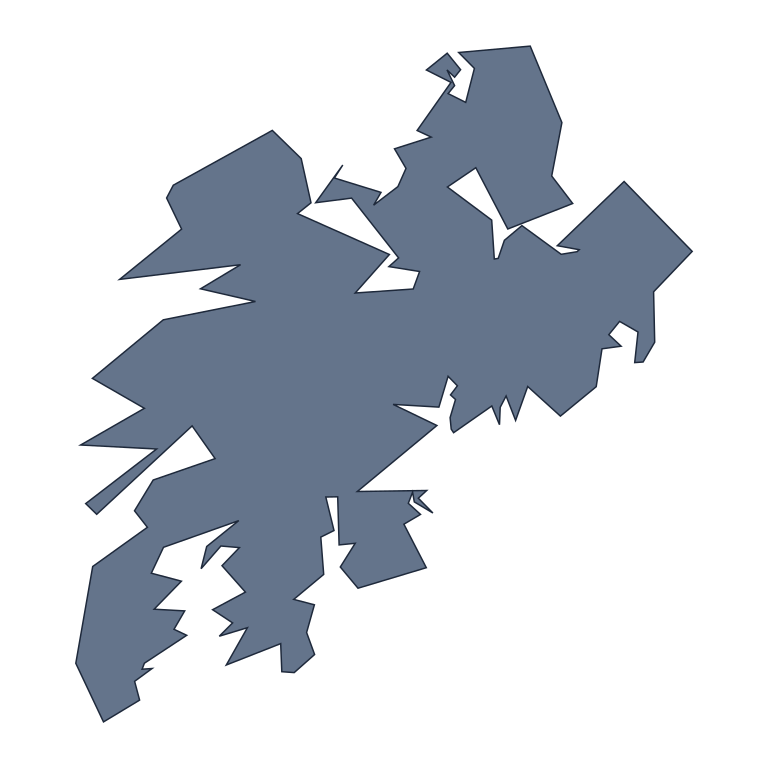 outline of Vestvågøy nor, Nordland, Norway
{"feature_id": "86288312B23095338426398", "entity_name": "Vestvågøy nor", "entity_type": "district", "adm_level": 2, "iso_a3": "NOR", "parent_name": "Norway", "parent_adm1": "Nordland", "projection": "albers", "projection_center": [13.78, 68.202], "detail": "medium", "context": "isolated", "style": "filled", "palette": "slate", "viewbox_px": 768, "rotation_deg": 0, "n_neighbors": 0, "source": "geoboundaries", "source_scale": "gbopen_adm2", "svg_char_len": 1915}
<svg xmlns="http://www.w3.org/2000/svg" viewBox="0 0 768 768"><path d="M139.6,700.1L134.6,681.3L152.1,668.5L142.1,669.2L144.4,663.2L186.7,635.3L174.0,629.3L184.7,610.9L154.1,609.2L181.4,581.2L151.3,573.2L163.5,547.3L238.8,520.6L206.7,546.5L201.1,568.7L220.9,546.0L239.4,547.6L222.0,565.7L245.4,592.1L212.6,609.7L232.6,622.9L219.3,636.2L247.4,627.7L226.3,665.0L280.7,643.6L281.8,671.7L294.2,672.6L314.6,654.5L306.6,632.5L314.4,604.8L293.7,599.4L323.7,574.4L320.8,537.1L334.0,530.5L325.8,497.0L337.7,496.8L339.1,544.9L355.2,543.3L340.3,567.0L358.0,588.2L426.3,567.7L403.9,524.2L420.5,514.4L408.3,503.3L412.6,492.2L414.3,501.9L432.9,513.0L418.3,498.2L426.7,490.5L357.3,491.5L436.9,425.5L393.1,404.4L438.9,407.1L448.1,376.3L457.4,385.8L450.5,394.9L455.5,399.5L450.1,417.6L451.2,429.1L453.6,432.7L491.8,406.0L499.5,424.7L500.2,407.3L506.1,396.0L515.6,420.4L527.7,386.5L560.4,416.1L596.2,386.7L602.0,348.8L621.1,346.2L608.8,334.7L619.6,321.4L638.0,332.0L634.7,362.6L643.1,362.0L654.7,342.2L653.6,291.8L692.2,251.4L624.1,181.5L557.3,245.7L579.2,249.7L577.1,251.7L561.2,254.3L521.9,225.6L504.4,240.3L498.2,258.4L494.3,259.0L491.7,220.1L447.4,187.0L475.8,167.7L507.8,229.0L572.7,203.5L551.7,176.0L561.9,122.6L530.2,46.1L458.7,52.5L474.4,68.4L465.7,102.4L448.1,93.6L454.6,85.6L447.0,69.9L454.6,77.2L460.6,69.7L447.2,53.2L426.4,70.0L451.0,82.4L417.1,130.5L431.2,137.1L394.5,148.8L406.0,168.4L397.9,186.6L373.6,205.2L381.0,192.4L334.4,178.0L342.8,165.0L315.7,202.7L351.6,198.1L398.6,257.9L388.9,266.6L419.6,271.5L413.2,289.0L355.2,293.0L389.4,254.5L297.5,213.6L311.0,202.8L301.2,158.6L272.3,130.4L173.3,185.2L166.6,198.0L181.6,229.1L119.6,279.4L240.6,264.7L200.5,288.8L255.5,301.5L163.3,319.8L92.4,378.4L144.4,408.3L80.6,445.0L156.6,449.0L85.7,503.6L96.7,514.3L192.1,425.9L215.1,458.6L153.2,480.0L134.5,510.8L147.4,527.3L92.7,566.5L75.8,663.3L103.5,721.9L139.6,700.1Z" fill="#64748b" stroke="#1e293b" stroke-width="1.5"/></svg>